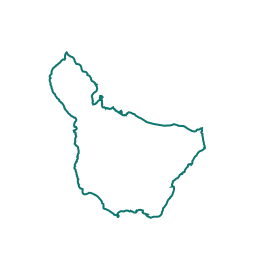 North West Malekula, Malampa, Vanuatu (Albers equal-area conic projection), rotated 337°
{"feature_id": "77236927B23242879306276", "entity_name": "North West Malekula", "entity_type": "district", "adm_level": 2, "iso_a3": "VUT", "parent_name": "Vanuatu", "parent_adm1": "Malampa", "projection": "albers", "projection_center": [167.222, -16.023], "detail": "fine", "context": "isolated", "style": "outline", "palette": "teal", "viewbox_px": 256, "rotation_deg": 337, "n_neighbors": 0, "source": "geoboundaries", "source_scale": "gbopen_adm2", "svg_char_len": 5778}
<svg xmlns="http://www.w3.org/2000/svg" viewBox="0 0 256 256"><g transform="rotate(337 128 128)"><path d="M171.6,142.3L170.8,142.5L168.1,142.2L162.1,140.0L153.3,134.4L147.3,129.7L147.2,129.2L144.0,124.5L142.3,122.8L139.9,119.5L139.4,117.8L137.8,116.6L137.1,115.5L134.9,113.8L133.0,114.2L132.8,114.7L131.5,114.8L130.8,115.1L130.8,115.3L129.8,114.7L129.4,114.9L129.2,114.6L128.1,114.1L127.1,112.3L126.2,111.1L126.6,111.0L128.3,111.4L128.5,110.6L128.4,109.7L128.0,109.9L127.7,109.6L127.0,109.9L126.8,110.3L126.2,110.4L125.0,109.5L125.0,109.2L124.7,108.6L123.4,107.2L123.6,107.0L123.4,106.2L122.8,105.6L122.9,105.2L122.3,104.4L122.4,103.1L120.0,103.6L119.2,103.4L118.7,103.5L117.7,102.4L117.3,102.5L117.0,102.2L116.8,101.7L116.2,101.2L115.6,101.4L115.7,101.2L114.7,100.6L114.3,99.6L113.6,99.6L113.4,99.3L112.9,99.2L112.7,98.6L112.9,96.7L113.7,96.0L113.6,94.9L114.3,93.9L114.5,93.1L114.7,92.6L114.5,92.3L114.9,91.2L114.9,90.5L116.7,89.7L116.2,88.2L115.0,87.7L114.9,88.0L114.3,88.4L113.9,89.2L113.5,91.3L112.9,91.4L112.4,91.2L111.0,91.4L110.2,91.8L109.6,92.4L108.1,92.9L107.9,92.7L107.1,93.1L105.1,92.8L105.2,90.9L106.0,89.8L106.3,89.7L106.2,88.5L106.7,87.4L107.1,84.6L107.7,83.8L110.1,82.4L113.2,81.8L114.9,80.0L115.4,78.0L115.2,76.4L116.2,75.8L115.6,75.3L115.1,75.7L115.0,74.7L115.3,73.9L114.6,72.8L114.6,72.4L114.3,71.9L113.0,70.6L113.1,69.4L113.0,68.8L113.4,67.6L112.9,64.9L111.3,63.4L111.7,62.9L111.9,62.4L111.4,60.4L110.9,59.8L108.6,58.4L108.2,56.9L108.2,56.0L108.8,53.7L108.7,51.8L107.7,50.2L106.6,49.6L106.0,49.0L105.5,48.9L105.2,47.5L105.1,45.4L105.4,44.1L105.2,42.3L104.6,41.1L103.2,39.9L101.6,37.6L101.3,36.9L101.3,35.3L101.1,34.5L100.2,34.8L98.8,36.1L97.7,38.0L97.3,39.5L96.7,39.7L96.4,40.3L96.2,40.3L95.2,39.6L94.5,39.6L92.5,40.2L91.1,41.2L90.7,41.2L90.0,41.5L89.3,41.4L88.8,41.9L86.1,42.4L85.6,42.9L85.2,42.8L84.7,43.1L83.9,43.2L83.2,43.6L82.3,43.7L80.1,45.7L79.3,46.9L78.9,48.2L76.5,49.3L76.0,50.1L75.9,50.7L75.9,51.0L76.3,51.7L76.3,51.9L75.4,52.1L74.9,52.6L74.4,53.9L74.2,56.7L73.6,57.7L73.7,58.5L73.6,59.3L73.7,60.5L73.2,61.2L73.3,63.8L72.8,64.6L73.1,66.4L73.7,68.0L73.9,68.0L74.0,68.2L73.8,70.1L74.4,72.2L74.3,72.7L75.5,74.7L75.6,75.2L75.3,75.9L75.4,76.4L76.3,77.7L76.3,78.3L76.4,78.7L77.3,79.8L77.2,80.6L77.5,81.3L77.6,82.3L77.4,83.6L77.6,83.9L77.5,85.0L77.2,85.3L77.6,86.8L78.1,87.7L78.2,88.9L78.8,90.1L78.7,90.9L79.9,93.1L80.6,95.1L81.3,95.5L82.1,96.6L82.4,97.4L83.1,97.6L83.5,98.0L83.7,99.9L83.2,100.9L82.4,101.4L81.7,101.7L80.5,102.8L79.5,104.3L79.1,105.8L79.3,106.1L79.8,106.4L80.4,106.5L80.6,106.7L80.7,107.3L80.6,108.4L80.1,109.0L78.2,109.3L77.4,109.2L77.6,109.8L77.3,109.5L76.9,109.8L76.8,110.4L77.8,111.6L77.9,112.1L77.8,112.4L77.5,112.5L77.1,113.1L77.3,114.0L77.1,114.4L77.0,115.0L77.1,115.5L75.6,116.7L74.7,118.2L74.3,119.3L74.4,119.7L73.8,120.2L73.1,121.4L72.7,121.7L73.2,122.3L73.3,122.8L73.1,123.6L74.4,125.4L74.5,126.5L74.2,127.0L73.6,130.0L73.1,130.8L72.8,131.9L71.8,132.3L70.6,134.0L70.8,134.1L70.7,134.5L70.1,134.6L69.9,135.0L70.2,135.2L70.2,135.6L69.8,136.6L68.4,137.4L68.0,138.0L68.1,138.4L67.9,138.8L66.7,139.0L66.1,140.0L64.7,140.9L64.4,141.6L64.4,142.6L63.4,143.1L63.0,143.9L62.9,144.6L63.4,145.6L63.2,146.6L63.2,147.1L62.9,147.7L63.1,148.8L62.5,150.5L62.5,151.7L62.1,152.2L62.3,153.3L61.9,154.7L62.2,155.3L62.3,155.8L62.1,156.0L61.5,156.4L60.8,157.7L60.6,159.3L60.3,159.8L60.7,160.6L60.7,161.1L60.1,161.9L60.0,163.0L60.5,165.0L61.2,165.4L62.4,166.6L61.4,168.3L60.9,170.0L61.0,170.6L61.3,171.3L61.8,171.9L63.3,172.5L65.6,172.6L66.9,172.4L67.5,172.7L69.1,173.9L70.6,175.5L71.5,176.8L71.8,176.8L73.4,179.4L75.1,184.6L75.0,185.6L75.1,186.1L74.8,187.0L75.6,188.5L74.7,191.1L74.4,191.3L74.3,192.0L74.1,192.4L74.8,193.3L75.2,193.4L75.9,194.1L77.9,196.3L81.2,201.4L81.4,202.5L83.1,203.5L83.8,204.4L84.0,204.8L83.7,205.4L83.8,205.8L84.2,206.1L84.6,205.9L85.1,205.2L84.8,203.3L84.9,202.8L85.3,202.5L87.1,201.9L89.2,201.8L90.0,202.2L90.4,202.7L91.0,202.8L91.7,203.3L92.4,203.1L93.9,203.3L95.2,203.7L95.8,204.2L96.7,205.4L97.5,205.6L98.1,205.2L99.0,206.5L99.6,206.8L100.1,207.7L100.8,208.3L101.4,208.6L102.4,208.8L103.0,208.6L103.3,208.1L103.2,207.6L103.4,207.5L103.4,207.8L103.7,207.9L105.8,207.6L107.1,208.0L108.5,208.9L109.0,209.6L109.0,210.1L109.3,210.1L109.0,210.8L108.5,211.1L108.6,212.1L109.4,213.1L110.2,213.5L112.4,215.5L111.9,215.7L111.0,215.4L110.8,215.7L111.8,217.4L113.0,218.4L113.7,219.5L117.0,219.7L120.5,221.2L122.0,221.5L123.0,221.4L125.1,220.5L126.0,219.4L126.3,218.7L126.9,218.3L127.9,217.4L128.9,215.6L130.3,215.1L131.6,214.3L133.3,213.3L134.3,212.4L135.4,211.1L137.2,209.7L139.2,209.0L139.4,208.5L139.6,208.3L141.4,207.8L142.6,206.9L145.5,203.7L146.2,202.7L146.9,201.3L147.2,200.0L146.4,199.4L145.8,199.2L146.2,199.1L146.4,198.7L146.2,197.8L146.4,197.2L148.1,195.5L148.4,194.7L149.3,194.4L150.5,194.2L152.3,193.5L152.8,193.4L153.9,193.6L154.8,193.2L155.8,192.7L157.4,191.3L159.0,191.2L159.9,191.6L160.2,191.4L160.3,190.7L160.5,190.5L161.8,190.3L162.7,190.6L163.3,190.0L164.0,189.0L165.3,188.1L167.0,187.2L167.9,187.0L169.0,185.4L169.5,185.3L169.8,185.6L170.4,185.3L171.5,185.6L171.8,186.0L171.8,186.5L173.4,185.7L174.2,183.7L175.6,182.8L177.2,181.4L179.0,180.3L180.1,180.2L182.0,178.7L183.5,177.9L184.5,177.5L187.8,177.5L189.8,176.8L190.6,176.8L190.6,176.4L190.9,176.2L190.6,175.7L191.4,175.0L191.6,174.3L191.5,172.7L192.0,171.5L192.0,170.8L192.3,169.6L192.3,168.8L192.8,167.7L193.6,163.7L194.3,162.7L194.0,162.2L193.7,160.9L193.9,160.3L194.9,159.9L195.0,159.7L195.4,158.0L196.0,157.1L194.5,156.8L193.4,157.2L192.7,157.2L191.9,157.0L191.5,156.6L190.8,156.6L189.2,157.5L187.2,156.9L185.5,155.5L185.0,154.9L184.7,154.3L183.5,153.1L182.2,151.3L181.2,149.4L180.9,149.0L180.4,148.7L180.2,148.2L179.3,147.5L177.8,147.1L177.4,146.7L175.5,145.8L175.1,145.5L174.9,145.0L171.6,142.3Z" fill="none" stroke="#0f766e" stroke-width="2"/></g></svg>